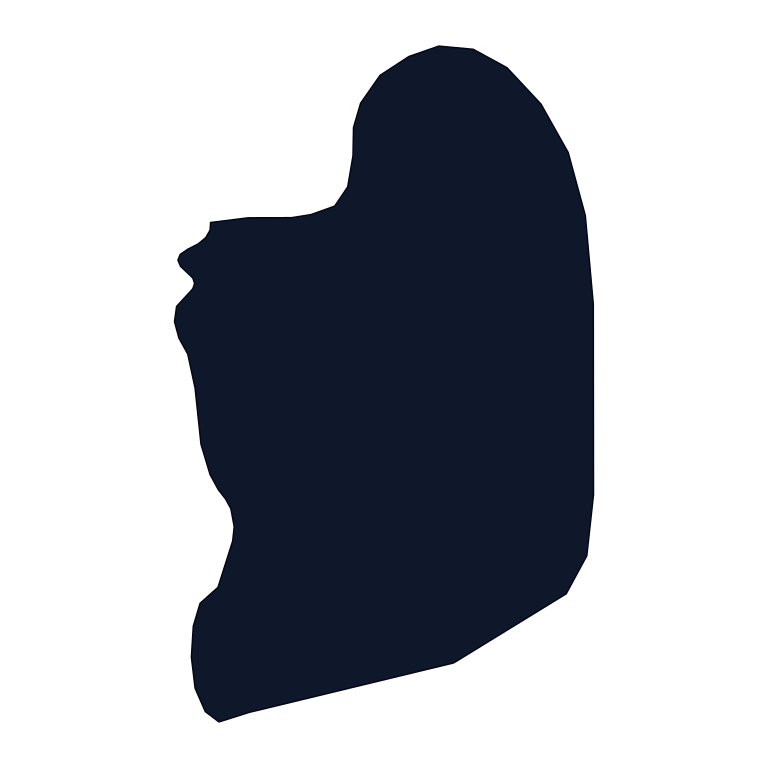 Krong Pailin, Mercator projection
{"feature_id": "KHM-1783", "entity_name": "Krong Pailin", "entity_type": "Municipality", "adm_level": 1, "iso_a3": "KHM", "parent_name": "Cambodia", "parent_adm1": "", "projection": "mercator", "projection_center": [102.549, 12.885], "detail": "fine", "context": "isolated", "style": "filled", "palette": "ink", "viewbox_px": 768, "rotation_deg": 0, "n_neighbors": 0, "source": "natural_earth", "source_scale": "10m", "svg_char_len": 787}
<svg xmlns="http://www.w3.org/2000/svg" viewBox="0 0 768 768"><path d="M218.9,721.9L205.3,711.6L195.1,688.3L191.4,657.1L193.3,626.1L200.1,603.3L217.9,587.4L218.0,587.3L232.7,541.0L234.2,526.7L230.9,508.8L225.5,498.9L218.4,489.8L210.1,474.6L201.0,444.3L195.1,388.2L187.8,354.2L178.9,338.0L174.5,321.6L176.6,306.4L192.8,288.8L194.6,283.4L192.8,278.0L180.6,266.4L177.9,260.2L180.2,254.4L187.8,249.2L198.2,243.9L205.7,237.7L210.1,230.1L210.6,222.5L248.3,217.8L291.5,217.7L311.0,214.6L334.7,206.1L347.7,186.9L353.0,155.7L353.5,127.5L360.6,103.2L380.1,75.3L408.9,56.5L438.8,46.1L473.3,49.3L507.0,67.7L541.0,104.1L568.2,152.5L585.3,215.5L593.3,304.2L593.5,494.8L586.8,555.8L566.2,593.8L453.7,662.9L249.1,712.4L219.0,721.9L218.9,721.9Z" fill="#0f172a" stroke="#020617" stroke-width="1.5"/></svg>